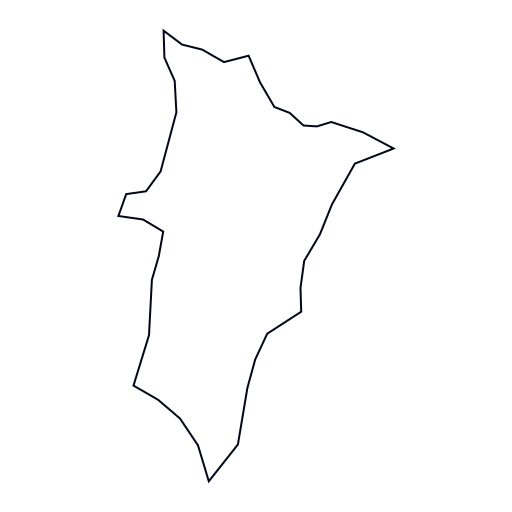 map outline of Mbale (Equal Earth projection)
{"feature_id": "UGA-3115", "entity_name": "Mbale", "entity_type": "County", "adm_level": 1, "iso_a3": "UGA", "parent_name": "Uganda", "parent_adm1": "", "projection": "equal_earth", "projection_center": [34.184, 1.003], "detail": "fine", "context": "isolated", "style": "outline", "palette": "ink", "viewbox_px": 512, "rotation_deg": 0, "n_neighbors": 0, "source": "natural_earth", "source_scale": "10m", "svg_char_len": 611}
<svg xmlns="http://www.w3.org/2000/svg" viewBox="0 0 512 512"><path d="M176.4,112.3L174.7,80.9L164.4,57.6L163.6,30.7L182.1,44.6L202.2,49.6L224.0,62.1L248.6,55.7L260.1,82.5L274.4,107.0L289.7,112.9L303.5,125.5L316.9,126.4L331.2,122.0L362.9,132.3L393.6,148.5L354.9,163.6L332.0,204.3L319.9,234.4L304.2,260.9L300.5,287.9L301.2,311.7L267.2,333.7L255.2,359.5L247.4,387.9L237.9,444.5L208.8,481.3L198.0,445.4L180.0,418.5L158.1,399.8L133.5,385.6L149.0,335.2L151.9,279.8L158.8,256.1L163.2,231.6L143.0,219.5L118.4,216.0L126.2,194.1L146.0,191.3L160.6,171.4L176.4,112.3Z" fill="none" stroke="#020617" stroke-width="2"/></svg>